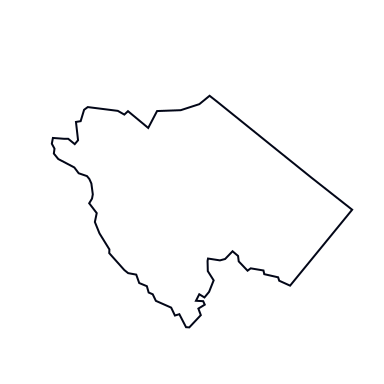 outline of Saratoga, New York, United States of America, rotated 136°
{"feature_id": "52423323B97730067298662", "entity_name": "Saratoga", "entity_type": "district", "adm_level": 2, "iso_a3": "USA", "parent_name": "United States of America", "parent_adm1": "New York", "projection": "robinson", "projection_center": [-73.751, 43.087], "detail": "fine", "context": "isolated", "style": "outline", "palette": "ink", "viewbox_px": 384, "rotation_deg": 136, "n_neighbors": 0, "source": "geoboundaries", "source_scale": "gbopen_adm2", "svg_char_len": 1077}
<svg xmlns="http://www.w3.org/2000/svg" viewBox="0 0 384 384"><g transform="rotate(136 192 192)"><path d="M259.3,324.1L260.8,318.7L264.7,315.6L265.3,308.6L259.6,291.4L260.5,284.2L256.5,276.4L256.8,272.7L258.5,268.0L265.0,259.2L268.5,256.7L273.8,255.3L275.2,243.0L282.7,237.9L287.3,226.5L291.3,208.1L294.0,205.5L294.9,182.9L294.3,178.0L289.5,171.3L293.2,163.2L289.9,155.6L293.0,149.8L291.3,145.7L293.6,138.8L287.3,123.3L290.1,115.0L286.0,112.9L290.2,98.9L288.0,96.5L271.2,97.3L268.4,103.7L261.1,102.1L259.8,105.7L264.7,111.0L257.8,113.4L256.3,107.5L249.1,108.3L237.8,113.4L235.6,124.1L228.7,131.6L226.7,133.0L219.4,123.4L214.7,120.8L204.0,121.2L203.3,114.0L206.6,109.6L206.7,96.8L202.8,96.3L195.1,85.9L197.1,82.7L189.3,70.8L190.9,67.6L186.5,56.5L89.1,68.0L96.1,119.2L101.6,162.8L110.9,237.2L111.1,238.8L112.5,249.0L125.7,250.1L143.3,258.7L160.9,274.5L179.0,268.5L181.9,294.6L186.9,294.7L189.0,301.9L208.0,325.5L212.5,326.1L222.9,320.3L226.8,323.0L238.0,308.4L243.1,307.9L244.1,316.3L247.3,319.4L254.5,327.5L259.3,324.1Z" fill="none" stroke="#020617" stroke-width="2"/></g></svg>